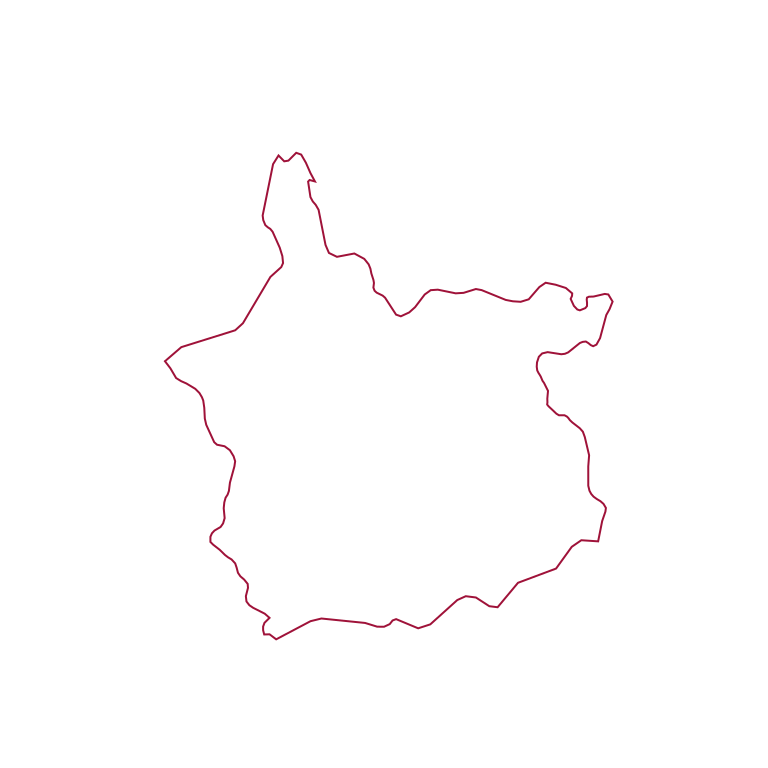 the border of Ardennes, rotated 327°
{"feature_id": "FRA-5268", "entity_name": "Ardennes", "entity_type": "Metropolitan department", "adm_level": 1, "iso_a3": "FRA", "parent_name": "France", "parent_adm1": "", "projection": "albers", "projection_center": [4.734, 49.698], "detail": "fine", "context": "isolated", "style": "outline", "palette": "rose", "viewbox_px": 768, "rotation_deg": 327, "n_neighbors": 0, "source": "natural_earth", "source_scale": "10m", "svg_char_len": 2686}
<svg xmlns="http://www.w3.org/2000/svg" viewBox="0 0 768 768"><g transform="rotate(327 384 384)"><path d="M420.0,134.9L421.6,142.9L425.5,144.6L436.3,142.3L439.5,146.5L439.0,155.9L437.2,167.0L436.4,176.5L432.7,172.4L430.6,172.9L424.1,187.2L423.7,192.1L424.3,196.6L424.0,202.3L410.7,235.5L409.2,244.1L413.8,251.7L430.2,258.4L435.6,268.3L436.3,275.3L435.4,279.9L433.6,284.4L431.8,291.0L430.6,293.8L427.6,297.4L426.9,300.7L427.6,303.4L431.0,309.1L431.9,312.2L431.9,332.4L435.0,336.4L444.1,337.7L451.9,336.5L466.9,331.1L473.3,330.8L474.2,330.7L480.5,334.2L493.5,347.0L500.4,350.9L512.8,354.4L517.0,358.4L531.9,379.8L537.1,384.8L543.4,389.5L551.5,391.8L567.1,387.3L574.7,387.1L582.0,394.2L588.8,402.5L591.2,410.5L589.7,412.5L586.9,414.3L585.8,421.9L586.7,426.8L588.4,428.9L594.2,430.0L596.7,429.2L598.5,426.5L600.0,423.6L601.3,422.1L603.4,422.4L607.4,424.8L618.2,428.7L620.9,431.1L620.6,439.4L613.9,444.1L608.0,447.2L590.2,463.2L583.6,466.7L580.0,466.2L578.6,464.0L577.7,461.1L576.4,458.3L573.6,456.9L570.6,456.3L555.7,457.8L552.2,457.2L548.9,455.6L538.6,446.4L533.3,444.5L528.7,445.5L524.1,449.2L521.5,452.7L519.9,456.1L519.6,458.8L519.6,461.0L519.5,463.1L518.7,467.6L518.8,470.3L517.8,479.1L513.0,485.2L511.0,488.5L509.7,490.0L509.7,490.9L509.9,492.4L512.4,502.8L513.7,505.5L518.4,508.6L519.7,511.0L520.1,513.0L520.2,515.5L521.0,518.8L524.1,527.7L524.8,532.3L523.5,537.9L517.2,555.5L510.4,564.4L499.9,580.6L498.2,585.4L497.9,589.1L498.4,592.6L499.8,596.3L501.7,600.2L502.8,604.1L502.6,608.8L500.2,611.6L492.3,617.8L477.9,632.6L464.4,622.5L452.8,622.8L427.8,632.5L388.1,623.7L357.7,633.1L351.3,627.7L344.8,613.1L337.0,606.5L327.8,605.1L291.9,610.8L279.6,607.5L266.1,587.8L262.4,587.0L258.0,588.5L251.8,587.6L246.1,583.8L238.0,574.1L203.8,546.6L193.2,542.9L154.5,539.4L151.7,531.6L147.1,528.8L148.5,524.7L150.5,521.6L153.7,519.2L160.6,517.8L158.9,511.7L152.4,500.5L150.6,496.2L150.2,491.5L152.6,486.7L158.9,480.9L160.8,477.4L160.2,471.8L158.8,467.1L158.7,462.8L160.4,457.7L161.5,453.4L160.6,448.1L158.8,444.4L157.5,440.7L155.9,433.5L153.2,425.7L152.4,421.9L155.2,417.6L158.4,415.5L162.0,414.6L169.1,414.9L173.1,413.3L177.3,409.7L181.9,400.9L185.6,396.3L189.2,393.1L192.6,391.6L195.7,389.2L201.1,382.8L213.7,371.6L217.1,367.7L218.5,362.7L218.7,355.6L216.4,349.4L210.9,344.0L209.9,340.3L212.7,321.4L214.9,315.4L220.3,306.1L223.4,299.4L224.1,295.9L224.3,291.0L223.1,285.3L218.6,276.0L215.4,271.1L212.9,265.8L213.4,254.4L212.7,245.6L234.1,242.7L285.9,257.2L288.5,257.9L298.8,256.2L347.1,232.3L361.5,230.0L365.2,227.6L368.4,221.4L370.8,212.9L373.5,195.7L373.1,192.0L371.9,189.3L371.0,186.1L372.0,180.8L374.0,176.6L410.7,139.2L420.0,134.9Z" fill="none" stroke="#9f1239" stroke-width="2"/></g></svg>